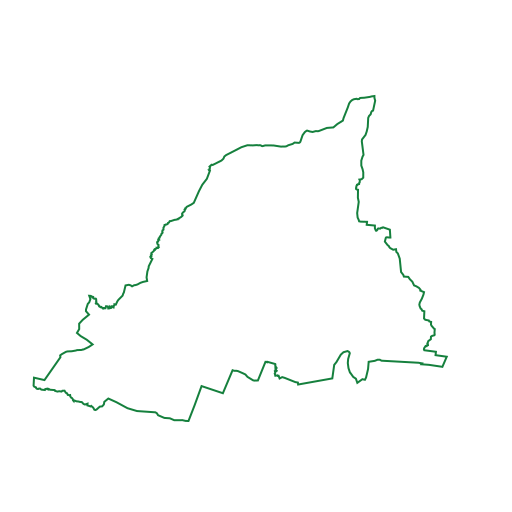 outline of Sacadat, Bihor, Romania, rotated 98°
{"feature_id": "2599482B67859115475061", "entity_name": "Sacadat", "entity_type": "district", "adm_level": 2, "iso_a3": "ROU", "parent_name": "Romania", "parent_adm1": "Bihor", "projection": "mercator", "projection_center": [22.149, 47.043], "detail": "fine", "context": "isolated", "style": "outline", "palette": "green", "viewbox_px": 512, "rotation_deg": 98, "n_neighbors": 0, "source": "geoboundaries", "source_scale": "gbopen_adm2", "svg_char_len": 6095}
<svg xmlns="http://www.w3.org/2000/svg" viewBox="0 0 512 512"><g transform="rotate(98 256 256)"><path d="M417.5,436.3L417.9,433.8L417.3,432.1L417.3,429.7L416.4,429.0L416.0,426.9L417.9,425.3L418.2,424.1L419.7,423.1L419.6,422.4L419.9,421.5L419.6,420.7L421.0,420.3L422.1,419.2L422.2,418.6L422.9,417.8L424.0,417.0L424.4,417.1L425.0,416.4L424.2,416.4L424.9,413.5L424.8,411.6L425.0,410.1L424.9,408.2L426.5,406.2L426.9,404.7L425.7,402.3L427.4,402.2L428.0,398.8L427.4,398.3L428.8,396.1L430.7,394.7L430.9,393.7L430.3,392.6L426.9,389.7L426.3,387.4L424.2,386.0L421.5,385.9L417.7,382.4L420.2,373.9L424.6,362.1L426.1,352.3L424.8,333.9L425.5,332.3L427.3,330.8L429.1,324.2L428.7,318.7L430.0,314.1L428.8,306.0L429.1,302.8L428.8,299.9L412.2,296.0L392.4,291.8L396.5,269.7L372.4,263.3L372.7,261.6L372.4,259.5L372.5,257.8L374.0,252.5L374.8,250.0L376.9,247.6L379.5,241.6L379.6,240.3L379.0,236.8L359.5,231.9L359.7,230.2L359.2,230.1L360.3,221.9L361.2,221.6L362.1,221.7L362.7,221.1L363.5,221.2L363.7,220.2L364.0,220.0L364.7,220.3L364.5,221.1L365.8,220.9L366.8,219.5L367.0,219.6L367.0,220.9L367.3,221.3L368.9,220.6L369.7,221.1L371.9,220.2L371.2,218.1L371.7,217.8L371.5,216.9L374.0,215.6L372.3,213.2L372.7,210.6L375.4,199.5L375.5,196.9L377.4,196.4L366.6,163.4L352.9,163.4L349.9,161.6L341.9,158.3L339.1,156.0L337.4,152.1L338.0,150.6L338.5,150.0L339.3,149.6L345.1,150.4L349.2,150.2L354.2,148.8L358.4,146.7L358.7,146.2L362.2,142.9L363.6,140.0L367.5,138.0L363.2,133.5L363.4,130.9L361.0,130.1L352.3,129.3L345.1,129.7L343.3,123.8L341.8,121.2L341.5,119.0L342.2,117.1L339.1,80.2L339.2,76.6L340.2,77.1L339.7,69.5L339.8,56.0L329.2,53.1L329.2,64.4L325.8,64.5L325.9,76.2L325.2,76.7L324.0,76.7L321.5,75.5L321.6,74.5L320.7,74.0L320.4,73.3L319.5,73.5L319.5,74.1L319.2,74.2L316.2,73.5L314.1,71.3L311.5,71.5L310.6,70.5L309.7,68.4L309.2,68.1L307.0,68.6L303.5,68.8L303.3,69.4L300.6,72.5L299.5,73.2L296.9,73.4L296.7,75.3L295.8,75.9L295.6,79.5L294.5,80.9L287.3,81.6L287.0,83.8L285.6,84.7L285.2,85.6L282.8,87.0L281.4,87.5L279.2,87.3L275.1,85.8L270.9,84.8L268.4,84.6L267.4,88.5L266.5,88.4L264.9,90.2L263.7,93.0L263.1,95.4L259.7,97.6L257.6,100.4L255.5,102.3L255.8,106.7L254.2,107.5L251.7,110.1L238.6,113.3L233.7,115.9L232.4,117.6L229.8,118.3L230.7,121.0L229.5,124.2L228.6,125.3L227.9,125.6L226.8,127.3L223.8,130.4L220.0,130.0L219.4,129.6L219.2,128.5L219.2,126.6L219.0,125.5L211.3,127.1L209.9,134.2L210.6,135.0L210.6,135.8L210.9,136.2L211.6,136.8L211.7,138.8L212.2,139.2L213.3,139.5L214.2,140.2L214.2,140.8L212.1,142.1L209.3,142.5L209.7,150.7L206.7,150.8L207.4,157.0L207.3,158.7L205.8,159.4L203.8,160.7L199.4,161.8L188.1,161.8L184.2,163.2L176.2,164.2L176.1,165.6L175.6,166.3L174.0,166.4L173.8,166.2L172.7,166.3L172.0,166.0L171.7,165.6L171.3,165.8L170.8,165.2L170.4,163.9L168.9,163.9L168.6,163.6L166.6,163.7L165.9,164.2L165.3,162.1L163.5,160.7L158.3,161.4L155.3,162.5L151.8,164.3L146.9,165.0L142.7,164.3L140.9,163.6L127.7,167.2L125.8,167.2L120.9,164.4L117.3,163.7L112.7,163.3L103.6,164.1L101.5,163.5L99.8,162.2L97.5,161.9L96.3,161.3L95.7,160.3L85.6,159.6L83.0,160.7L81.1,161.0L81.9,163.8L82.6,165.4L84.2,170.8L84.9,174.4L85.2,175.1L86.2,175.7L86.6,177.5L86.3,178.2L87.1,180.8L88.1,182.4L89.8,183.9L92.0,185.0L96.2,185.8L107.3,188.5L109.8,188.8L114.0,193.8L117.9,197.3L119.3,203.6L123.4,211.0L123.8,211.9L124.0,214.2L125.3,217.2L125.2,219.9L124.7,222.9L125.0,223.4L126.5,224.9L129.9,226.7L135.8,227.8L137.0,228.1L137.7,228.7L138.0,229.3L138.3,233.6L139.9,235.3L141.8,239.4L143.1,241.1L143.6,242.6L144.2,246.8L144.1,254.2L145.2,262.3L146.3,264.8L146.3,265.5L145.8,266.7L145.7,267.6L146.0,268.5L146.1,270.8L146.9,274.5L147.5,279.9L150.3,285.6L160.2,299.6L161.9,301.2L164.2,301.8L166.3,303.5L171.9,311.6L171.8,312.7L173.7,314.3L173.9,313.8L175.2,314.1L175.6,313.9L176.5,314.3L177.5,313.5L178.0,313.7L178.0,314.0L178.4,313.6L186.4,315.4L192.9,319.1L199.7,321.5L212.0,325.0L214.0,327.2L217.0,331.5L218.4,332.1L218.5,332.5L219.2,332.4L219.5,333.0L219.9,333.2L220.3,332.8L221.6,333.0L223.3,334.6L224.6,335.1L225.1,334.7L225.6,334.8L226.0,334.3L226.4,334.4L227.9,335.7L229.5,337.7L229.8,337.7L230.1,338.5L230.6,338.6L230.7,339.3L231.2,340.3L231.5,341.6L233.2,345.0L233.5,346.3L234.9,346.8L235.6,347.8L236.5,347.9L237.3,349.0L237.3,349.6L237.7,350.0L238.0,350.9L239.2,350.9L240.9,351.6L242.8,351.3L243.7,352.2L245.1,352.2L245.5,351.8L246.3,351.9L247.1,352.7L248.1,352.7L250.4,354.0L251.2,353.9L252.0,354.8L252.7,354.9L253.4,354.2L253.9,355.1L254.6,354.8L255.5,355.1L255.7,355.7L256.6,355.8L258.0,355.1L258.7,354.0L260.3,354.1L260.8,353.5L261.7,354.1L261.8,354.6L261.7,355.7L262.4,355.7L263.1,356.5L263.3,357.3L263.6,357.4L264.1,357.2L264.2,357.7L265.3,357.9L267.8,360.1L269.2,359.4L269.9,360.2L270.9,359.6L271.6,360.5L272.6,359.9L273.3,358.2L281.1,360.8L282.8,360.7L286.4,361.4L292.4,361.4L295.9,360.3L297.4,364.3L298.7,366.8L300.6,369.3L301.5,371.1L301.9,372.6L303.3,374.5L302.5,376.0L302.2,377.9L303.3,381.1L310.7,381.8L311.5,382.2L313.8,382.6L318.6,386.2L320.2,387.0L323.6,388.0L323.5,389.5L324.5,389.4L325.0,389.9L326.8,389.9L326.7,390.6L325.8,391.1L325.9,392.2L327.7,392.4L327.8,392.8L326.9,393.8L327.6,393.8L328.4,394.2L328.5,395.0L327.9,395.1L326.6,395.9L326.6,397.5L328.7,397.8L328.9,398.5L328.6,399.2L328.7,399.7L329.3,399.9L329.3,400.4L328.0,402.0L328.4,402.6L327.7,404.3L327.0,404.3L326.6,405.1L326.0,405.5L325.4,406.4L325.5,407.8L325.1,408.1L324.3,407.6L323.7,407.6L323.0,408.1L322.0,408.0L320.8,408.4L320.5,408.8L320.8,410.2L320.5,411.2L319.2,411.5L319.1,412.0L319.5,412.6L318.7,413.4L318.5,414.4L318.6,415.6L321.7,414.0L325.1,414.7L326.8,415.9L332.6,416.9L334.3,416.7L337.3,413.2L343.3,418.7L347.6,421.7L353.0,420.9L357.1,422.6L359.7,418.5L362.5,411.9L366.3,405.5L369.4,409.0L372.6,413.8L372.6,414.3L373.3,415.6L374.1,420.1L374.7,421.3L376.0,425.3L376.7,429.3L377.3,430.8L380.2,434.6L381.7,436.1L383.5,435.6L408.3,448.2L407.4,458.9L415.4,458.2L416.2,457.5L416.8,455.5L417.6,455.2L418.1,454.1L417.9,452.9L417.6,452.7L417.3,451.4L418.2,450.0L418.1,446.4L417.1,446.2L416.5,444.5L417.0,444.1L416.9,443.6L416.4,443.4L416.5,442.8L417.1,442.6L416.9,441.8L417.1,441.2L416.8,436.7L417.5,436.3Z" fill="none" stroke="#15803d" stroke-width="2"/></g></svg>